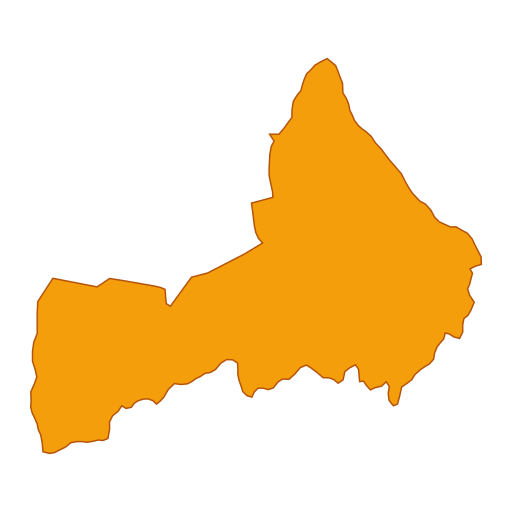 the district of São José do Jacuípe, Bahia, Brazil
{"feature_id": "56859067B82221409109894", "entity_name": "São José do Jacuípe", "entity_type": "district", "adm_level": 2, "iso_a3": "BRA", "parent_name": "Brazil", "parent_adm1": "Bahia", "projection": "equal_earth", "projection_center": [-39.906, -11.422], "detail": "fine", "context": "isolated", "style": "filled", "palette": "amber", "viewbox_px": 512, "rotation_deg": 0, "n_neighbors": 0, "source": "geoboundaries", "source_scale": "gbopen_adm2", "svg_char_len": 2689}
<svg xmlns="http://www.w3.org/2000/svg" viewBox="0 0 512 512"><path d="M288.9,379.3L294.7,374.2L300.3,367.6L306.4,365.1L310.5,367.6L316.9,372.3L323.1,377.7L329.1,377.8L334.1,379.8L338.1,383.2L343.1,379.8L344.8,371.7L349.6,367.9L355.5,364.8L358.6,369.4L359.1,376.0L359.6,381.6L363.6,381.2L366.3,385.3L370.4,389.9L375.3,387.6L381.6,386.2L386.1,381.8L389.3,386.4L388.2,393.4L389.0,400.3L393.4,405.8L397.5,404.1L399.7,395.8L401.6,387.1L407.2,383.2L411.9,379.5L414.9,374.6L420.5,369.6L425.5,366.2L429.5,363.9L433.6,359.2L434.7,352.6L437.3,346.5L440.3,342.8L443.7,338.9L445.2,333.0L449.1,333.9L454.0,337.0L459.6,338.4L462.7,332.1L462.7,324.8L463.9,318.5L467.8,315.5L470.8,310.4L474.2,302.3L469.5,295.0L467.6,288.9L469.7,284.0L471.1,278.3L472.5,273.3L470.0,268.9L475.1,266.3L481.3,264.4L481.1,256.9L474.9,244.9L472.1,238.9L467.2,233.1L461.2,229.9L456.0,226.8L450.5,227.0L445.4,224.7L439.2,221.8L434.5,217.0L430.9,210.2L425.4,204.1L419.8,201.1L412.8,193.7L409.2,188.5L405.0,181.1L401.4,173.8L397.3,169.1L394.1,165.3L389.6,160.2L385.2,154.4L381.6,149.5L375.6,143.1L371.2,136.4L366.4,132.0L361.8,128.7L358.2,125.4L354.5,120.5L352.6,115.9L349.8,110.2L348.7,104.3L346.3,98.3L342.9,93.0L342.5,83.2L339.9,76.8L338.1,71.6L335.6,65.5L331.3,62.0L327.2,58.6L320.7,61.8L314.8,65.3L310.8,69.9L306.8,73.6L304.4,78.9L302.4,84.9L300.9,90.7L297.1,95.3L293.4,101.1L292.0,109.8L291.9,117.6L288.9,121.4L285.0,127.0L279.0,134.2L274.0,134.2L269.6,134.2L274.1,141.1L271.3,146.4L269.8,154.4L269.1,169.1L269.2,176.1L270.9,184.1L272.6,192.0L272.8,197.4L251.5,203.1L252.8,212.8L253.8,220.9L254.5,226.4L255.8,232.5L258.4,238.3L262.6,243.0L244.6,253.9L207.6,273.0L191.5,277.2L170.4,306.2L166.4,303.8L165.6,297.1L165.1,289.4L160.6,287.5L154.6,286.1L124.3,280.8L109.6,278.5L97.1,286.9L52.9,278.3L37.8,301.6L37.2,312.7L37.2,333.5L33.8,342.2L32.5,351.2L32.5,361.3L35.3,369.9L36.8,377.2L34.4,383.8L30.8,391.9L31.1,400.4L30.7,407.0L32.2,413.0L35.1,418.9L37.3,424.4L38.3,429.6L40.7,434.8L42.2,442.9L43.0,451.8L49.5,453.4L54.7,452.5L59.4,450.1L65.8,446.9L70.8,442.7L76.8,441.6L82.7,441.6L86.9,442.3L92.5,441.4L98.2,440.0L103.0,440.5L107.9,438.5L109.6,429.2L109.5,422.0L112.6,415.7L118.1,411.3L121.8,405.8L126.0,408.4L131.3,407.3L134.2,403.3L137.8,400.9L143.2,399.1L148.1,398.9L152.8,400.6L156.5,404.1L160.1,401.2L163.8,397.2L168.2,389.6L174.4,383.6L181.1,384.5L187.5,383.8L191.8,381.6L195.8,378.6L200.3,376.6L204.9,373.4L210.3,372.5L215.4,369.6L221.0,363.0L226.6,359.6L232.6,359.8L237.5,363.0L237.9,368.5L237.8,374.0L238.9,379.8L241.2,386.4L242.9,391.7L247.2,395.8L251.9,397.1L254.3,391.9L258.0,388.2L263.4,388.2L268.3,389.6L273.3,387.9L278.2,381.8L282.7,379.0L288.9,379.3Z" fill="#f59e0b" stroke="#b45309" stroke-width="1.5"/></svg>